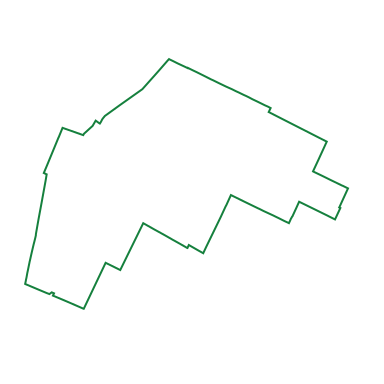 Milosesti, Ialomita, Romania (Robinson projection), rotated 277°
{"feature_id": "2599482B31201571212369", "entity_name": "Milosesti", "entity_type": "district", "adm_level": 2, "iso_a3": "ROU", "parent_name": "Romania", "parent_adm1": "Ialomita", "projection": "robinson", "projection_center": [27.204, 44.736], "detail": "fine", "context": "isolated", "style": "outline", "palette": "green", "viewbox_px": 384, "rotation_deg": 277, "n_neighbors": 0, "source": "geoboundaries", "source_scale": "gbopen_adm2", "svg_char_len": 2072}
<svg xmlns="http://www.w3.org/2000/svg" viewBox="0 0 384 384"><g transform="rotate(277 192 192)"><path d="M258.4,319.6L280.7,258.4L284.9,259.8L286.0,256.9L286.9,253.9L288.3,249.9L289.0,247.9L289.9,245.3L290.5,243.5L291.0,242.0L291.5,240.5L292.9,236.9L294.0,233.7L294.6,231.7L295.8,228.2L296.4,226.5L297.3,223.6L298.9,219.1L300.8,212.9L303.3,205.5L305.5,199.2L306.1,197.2L310.9,183.8L311.5,182.1L313.0,177.6L314.4,173.6L314.7,172.8L314.4,172.7L315.5,169.5L317.5,163.3L318.0,161.8L319.4,157.9L320.4,155.0L320.9,153.4L321.1,153.0L319.9,152.1L307.5,143.7L288.0,130.2L269.7,110.1L256.9,96.3L254.7,94.9L254.0,94.5L253.1,94.0L252.8,93.9L251.7,93.5L250.6,93.1L250.4,93.0L249.5,92.6L248.7,92.2L249.0,91.5L251.1,87.7L245.5,85.3L236.7,77.7L235.2,77.1L239.9,55.7L230.0,53.0L229.9,52.9L200.9,44.9L192.8,42.6L191.9,45.2L191.8,45.6L191.7,45.6L185.2,45.3L162.7,44.0L146.5,43.0L131.2,42.2L129.9,42.3L127.9,42.1L123.7,41.6L121.5,41.3L118.0,40.9L112.5,40.3L110.5,40.1L104.3,39.5L102.7,39.3L102.4,39.3L99.9,39.1L94.8,38.7L91.5,38.4L87.7,38.2L86.2,38.1L84.7,37.9L83.7,37.9L80.4,37.6L80.3,37.8L79.7,40.0L77.5,47.7L76.1,52.6L74.0,60.1L73.8,60.9L73.6,61.8L73.5,62.2L73.3,62.9L75.3,65.0L74.6,67.4L72.2,66.6L68.2,80.7L64.6,92.9L62.9,98.6L62.9,98.8L81.8,105.1L111.2,114.9L105.8,130.3L155.1,147.4L150.3,159.0L145.6,170.7L143.5,175.7L143.5,175.8L142.3,178.5L141.6,180.3L139.8,184.7L136.5,192.6L135.8,194.2L135.8,194.3L137.1,194.7L139.0,195.3L134.9,205.0L132.9,209.9L132.6,210.6L139.3,212.8L170.8,223.6L181.7,227.1L183.2,227.7L193.7,231.0L188.9,244.8L183.6,260.3L183.6,260.5L181.9,265.2L178.4,276.1L178.2,276.6L177.1,279.8L176.7,281.0L174.4,287.4L173.1,291.5L172.9,292.0L173.5,292.2L175.3,292.8L177.7,293.5L178.5,293.9L179.6,294.3L180.0,294.6L180.4,294.8L180.9,294.9L182.4,295.4L184.6,296.1L186.2,296.6L188.3,297.3L195.4,299.5L190.8,312.8L184.8,330.1L184.7,330.3L182.2,337.3L194.2,341.2L194.6,340.0L195.4,340.3L214.6,346.4L216.6,340.7L216.6,340.4L220.7,328.4L222.5,323.3L224.1,318.7L227.1,309.8L227.2,309.6L239.2,313.5L252.4,317.7L258.4,319.6Z" fill="none" stroke="#15803d" stroke-width="2"/></g></svg>